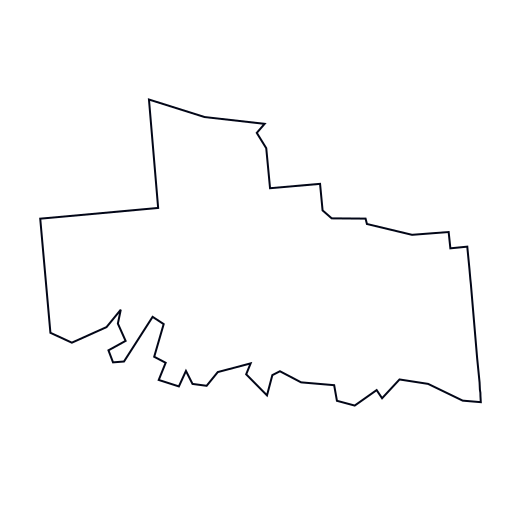 Whitfield, Georgia, United States of America (Natural Earth projection), rotated 85°
{"feature_id": "52423323B73898335258684", "entity_name": "Whitfield", "entity_type": "district", "adm_level": 2, "iso_a3": "USA", "parent_name": "United States of America", "parent_adm1": "Georgia", "projection": "natural_earth1", "projection_center": [-84.931, 34.802], "detail": "fine", "context": "isolated", "style": "outline", "palette": "ink", "viewbox_px": 512, "rotation_deg": 85, "n_neighbors": 0, "source": "geoboundaries", "source_scale": "gbopen_adm2", "svg_char_len": 926}
<svg xmlns="http://www.w3.org/2000/svg" viewBox="0 0 512 512"><g transform="rotate(85 256 256)"><path d="M113.1,295.1L90.8,349.0L163.5,349.2L199.6,349.3L200.0,460.3L200.0,467.7L314.6,467.5L326.3,447.0L313.8,411.1L297.7,395.4L311.3,399.5L329.2,393.3L337.1,411.2L349.5,407.7L349.6,396.7L307.6,364.3L315.8,353.9L347.5,366.2L354.5,355.3L371.0,363.7L379.2,344.2L364.4,335.8L377.9,330.4L381.0,316.5L368.3,304.2L362.5,270.7L373.0,276.1L395.8,257.2L376.1,250.1L372.9,242.2L385.8,222.1L391.5,189.4L407.3,188.0L413.6,170.7L400.1,147.5L408.7,142.8L391.5,123.8L398.4,95.7L418.1,62.7L421.2,44.8L420.9,44.8L414.9,44.6L411.9,44.4L408.7,44.6L401.5,44.3L377.4,44.6L374.3,44.6L302.5,44.4L297.8,44.5L287.5,44.5L267.8,44.7L265.1,44.7L265.3,61.7L248.9,62.0L248.5,98.7L233.8,142.7L228.3,143.6L225.1,177.3L216.4,185.7L189.7,185.9L189.7,236.1L149.5,236.4L133.4,244.5L125.1,235.9L113.1,295.1Z" fill="none" stroke="#020617" stroke-width="2"/></g></svg>